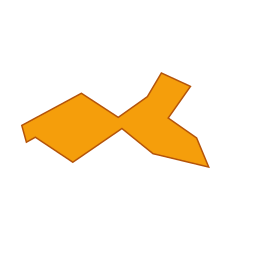 outline of Stoney Ground, rotated 35°
{"feature_id": "AIA-5123", "entity_name": "Stoney Ground", "entity_type": "District", "adm_level": 1, "iso_a3": "AIA", "parent_name": "Anguilla", "parent_adm1": "", "projection": "albers", "projection_center": [-63.024, 18.252], "detail": "fine", "context": "isolated", "style": "filled", "palette": "amber", "viewbox_px": 256, "rotation_deg": 35, "n_neighbors": 0, "source": "natural_earth", "source_scale": "10m", "svg_char_len": 340}
<svg xmlns="http://www.w3.org/2000/svg" viewBox="0 0 256 256"><g transform="rotate(35 128 128)"><path d="M123.8,63.8L155.3,58.1L155.2,96.8L189.9,96.8L216.5,113.7L163.2,134.7L123.3,131.9L102.4,187.7L57.4,188.7L52.9,197.9L39.5,186.8L69.9,126.3L113.9,124.9L125.9,91.2L123.8,63.8Z" fill="#f59e0b" stroke="#b45309" stroke-width="1.5"/></g></svg>